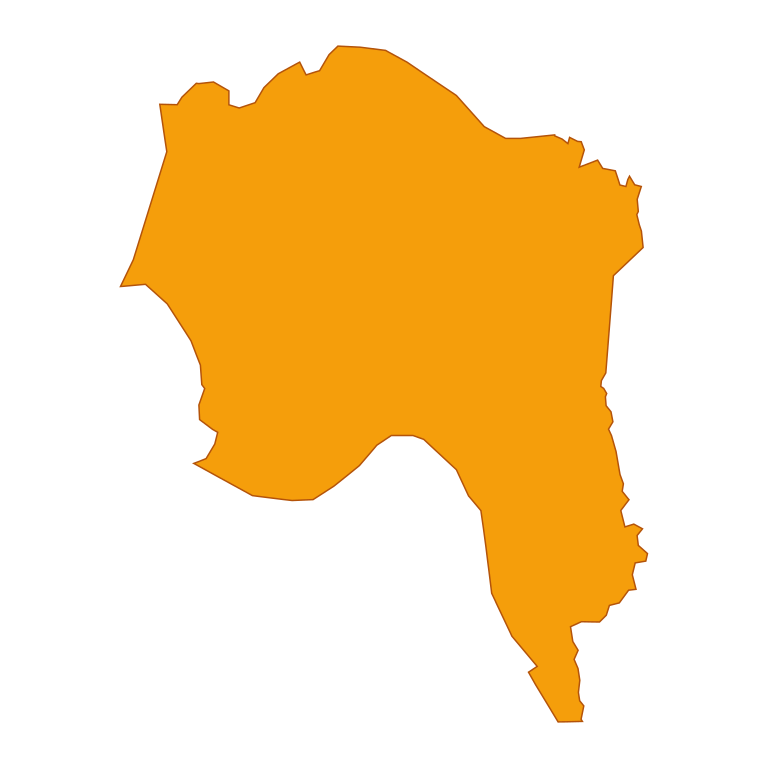 outline of Twan River, Nimba, Liberia
{"feature_id": "62588387B61657259363442", "entity_name": "Twan River", "entity_type": "district", "adm_level": 2, "iso_a3": "LBR", "parent_name": "Liberia", "parent_adm1": "Nimba", "projection": "equal_earth", "projection_center": [-8.402, 7.088], "detail": "fine", "context": "isolated", "style": "filled", "palette": "amber", "viewbox_px": 768, "rotation_deg": 0, "n_neighbors": 0, "source": "geoboundaries", "source_scale": "gbopen_adm2", "svg_char_len": 2372}
<svg xmlns="http://www.w3.org/2000/svg" viewBox="0 0 768 768"><path d="M581.3,718.2L583.8,705.9L579.7,700.8L579.0,696.4L578.4,692.4L579.8,680.3L578.0,668.5L574.1,659.4L578.1,650.3L572.8,641.5L570.5,626.7L581.4,621.7L592.0,621.9L599.5,622.0L606.3,615.2L609.4,605.4L619.3,602.9L628.6,590.2L636.0,589.3L633.0,577.5L632.3,574.8L635.2,562.9L645.8,561.1L647.5,553.6L638.3,545.4L637.1,535.5L642.5,528.8L633.8,524.1L624.9,526.9L620.8,510.5L626.0,503.6L629.0,499.7L628.2,498.8L622.2,491.3L623.4,483.8L620.0,474.5L618.1,463.5L616.0,451.3L615.5,449.7L611.5,435.6L608.5,429.1L609.5,427.5L612.9,421.8L611.0,411.8L606.1,405.7L605.4,396.8L606.7,393.5L606.3,392.9L603.7,388.4L600.8,386.5L601.4,380.6L605.8,372.9L611.6,299.3L613.4,275.7L643.1,247.5L642.9,245.4L641.4,231.1L639.3,224.8L636.8,214.6L638.3,211.5L637.2,199.3L641.3,186.5L634.7,184.8L629.5,176.2L627.8,179.6L625.9,186.5L619.9,185.0L618.3,179.9L615.3,170.8L602.7,168.4L597.6,160.1L580.2,166.8L579.2,167.2L581.4,159.7L584.3,149.9L581.2,141.7L577.6,141.4L569.6,137.4L567.9,143.6L562.2,139.1L554.8,135.9L554.7,134.9L520.7,138.4L505.6,138.4L485.6,127.4L484.2,126.6L465.7,105.9L456.4,95.5L427.7,76.2L420.0,71.0L407.1,62.2L402.7,59.8L388.6,52.1L385.6,50.4L360.2,47.2L337.9,46.1L329.1,54.6L319.6,70.7L315.5,71.9L306.1,74.9L303.6,70.0L299.7,62.1L295.4,64.4L294.0,65.2L290.1,67.3L278.2,73.8L274.5,77.4L268.7,83.0L265.4,86.2L263.9,87.7L255.1,102.7L253.0,103.4L246.4,105.6L239.2,108.0L228.9,104.8L228.9,90.9L213.5,82.0L198.9,83.6L196.3,83.3L181.9,97.2L177.2,104.7L159.8,104.3L164.1,133.7L164.9,139.1L166.8,151.7L141.9,232.1L133.3,259.8L120.5,286.5L123.2,286.3L145.5,284.3L164.4,301.3L167.2,303.8L170.0,308.1L187.5,335.3L191.0,340.8L194.2,349.1L196.4,354.9L200.4,365.1L201.8,384.6L204.7,388.5L198.9,405.0L199.6,419.6L212.6,429.4L217.7,432.3L214.8,444.0L206.1,458.6L197.8,461.9L193.8,463.4L219.2,477.4L252.4,495.6L257.7,496.3L283.4,499.5L292.1,500.5L313.1,499.6L334.1,486.0L347.7,475.1L359.4,465.6L373.1,449.6L376.8,445.2L391.3,435.5L413.0,435.5L423.8,439.4L431.5,446.6L456.4,469.7L459.4,476.2L468.6,496.0L469.6,497.1L480.9,510.6L483.6,529.5L485.9,546.6L487.9,562.8L489.0,571.3L489.5,575.4L491.7,593.3L495.4,601.1L495.9,602.3L505.7,623.0L510.3,632.7L511.9,636.2L537.2,666.4L528.5,672.2L535.7,684.9L550.1,708.6L551.7,711.3L558.1,721.9L566.1,721.8L582.4,721.4L581.1,719.3L581.3,718.2Z" fill="#f59e0b" stroke="#b45309" stroke-width="1.5"/></svg>